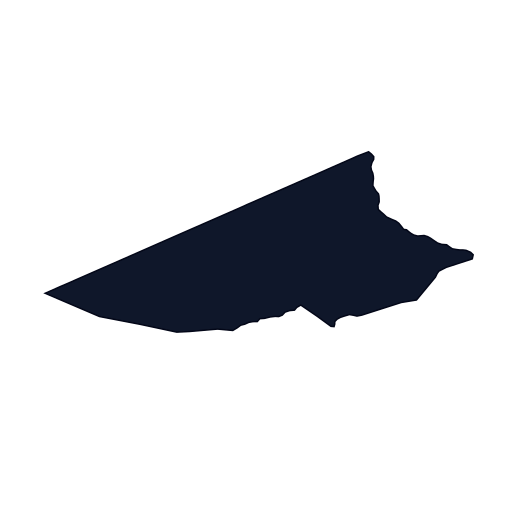 the district of Biritinga, Bahia, Brazil, rotated 260°
{"feature_id": "56859067B78935603174134", "entity_name": "Biritinga", "entity_type": "district", "adm_level": 2, "iso_a3": "BRA", "parent_name": "Brazil", "parent_adm1": "Bahia", "projection": "equal_earth", "projection_center": [-38.796, -11.57], "detail": "fine", "context": "isolated", "style": "filled", "palette": "ink", "viewbox_px": 512, "rotation_deg": 260, "n_neighbors": 0, "source": "geoboundaries", "source_scale": "gbopen_adm2", "svg_char_len": 1450}
<svg xmlns="http://www.w3.org/2000/svg" viewBox="0 0 512 512"><g transform="rotate(260 256 256)"><path d="M339.1,385.0L336.8,373.1L335.5,368.1L329.2,342.4L328.1,338.1L310.7,266.5L310.0,263.7L308.2,256.1L307.3,252.8L305.4,245.1L290.4,183.3L273.1,112.5L264.4,76.7L261.8,66.2L259.9,58.0L255.9,41.9L223.6,91.3L208.8,130.1L194.8,164.7L193.2,177.4L190.7,205.5L186.7,220.2L188.6,225.2L190.5,228.9L190.8,233.1L191.9,237.4L191.9,241.6L191.2,245.9L193.6,248.9L193.1,253.5L193.5,259.5L193.2,264.4L192.4,267.9L193.2,271.6L195.7,274.9L196.4,279.6L196.0,284.5L198.3,287.2L199.9,291.6L185.9,305.9L173.7,317.6L172.9,320.6L175.2,321.7L177.7,322.2L179.7,324.9L180.9,328.4L181.5,332.5L182.1,337.8L180.8,341.5L179.3,345.0L179.4,349.9L185.0,391.0L184.8,406.4L204.0,429.0L207.2,431.3L209.3,433.4L210.5,437.2L211.8,441.5L215.6,468.5L219.5,470.1L222.4,468.0L225.1,463.9L226.1,460.6L226.6,457.7L227.7,454.2L229.0,450.6L231.9,447.6L234.0,445.7L235.2,440.9L237.3,437.0L240.5,433.7L243.2,431.0L245.3,428.4L247.0,425.1L247.6,418.7L249.3,415.0L251.5,412.4L253.6,410.5L255.7,408.8L256.6,406.0L259.4,404.6L263.5,402.3L266.2,399.7L268.4,396.2L271.8,391.3L275.1,388.9L278.0,386.5L280.7,384.5L284.7,384.9L287.9,386.7L291.1,387.2L293.7,387.5L295.9,387.4L299.2,385.4L302.1,384.3L304.9,383.3L308.7,384.2L311.6,385.1L314.0,385.4L317.3,385.4L320.5,384.6L324.0,384.6L327.9,386.4L330.8,388.7L333.4,389.2L336.3,387.4L339.1,385.0Z" fill="#0f172a" stroke="#020617" stroke-width="1.5"/></g></svg>